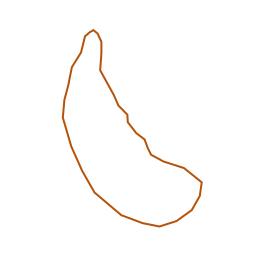 the district of PiisEmwar, Federated States of Micronesia, rotated 79°
{"feature_id": "79324940B93470645424245", "entity_name": "PiisEmwar", "entity_type": "district", "adm_level": 2, "iso_a3": "FSM", "parent_name": "Federated States of Micronesia", "parent_adm1": "", "projection": "natural_earth1", "projection_center": [152.701, 6.836], "detail": "fine", "context": "isolated", "style": "outline", "palette": "amber", "viewbox_px": 256, "rotation_deg": 79, "n_neighbors": 0, "source": "geoboundaries", "source_scale": "gbopen_adm2", "svg_char_len": 543}
<svg xmlns="http://www.w3.org/2000/svg" viewBox="0 0 256 256"><g transform="rotate(79 128 128)"><path d="M151.2,112.5L142.4,113.9L134.6,120.9L122.3,127.1L114.8,126.1L104.2,133.1L93.1,135.6L66.0,144.3L49.4,139.8L38.3,137.7L29.5,139.8L25.3,143.3L26.8,147.5L29.8,152.7L44.9,159.7L57.6,171.5L74.7,178.5L88.3,185.1L105.4,190.0L135.3,187.2L161.2,181.2L184.9,173.2L212.3,151.2L224.1,132.0L230.7,115.9L228.6,98.1L220.7,81.0L208.4,70.5L195.4,66.0L178.0,80.7L167.7,99.5L158.7,110.4L151.2,112.5Z" fill="none" stroke="#b45309" stroke-width="2"/></g></svg>